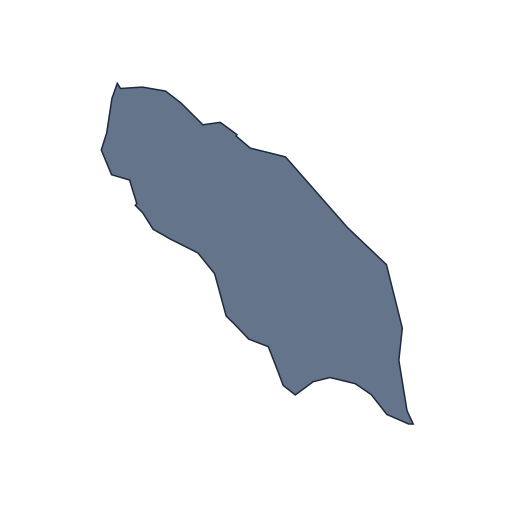 Örkelljunga, Skåne, Sweden (Robinson projection), rotated 76°
{"feature_id": "70781695B2310974409616", "entity_name": "Örkelljunga", "entity_type": "district", "adm_level": 2, "iso_a3": "SWE", "parent_name": "Sweden", "parent_adm1": "Skåne", "projection": "robinson", "projection_center": [13.368, 56.334], "detail": "fine", "context": "isolated", "style": "filled", "palette": "slate", "viewbox_px": 512, "rotation_deg": 76, "n_neighbors": 0, "source": "geoboundaries", "source_scale": "gbopen_adm2", "svg_char_len": 703}
<svg xmlns="http://www.w3.org/2000/svg" viewBox="0 0 512 512"><g transform="rotate(76 256 256)"><path d="M54.9,348.8L68.3,357.7L100.5,371.1L115.7,380.5L142.2,376.5L151.7,360.3L176.4,359.0L177.6,360.9L186.9,355.4L205.1,349.4L218.4,335.6L239.0,311.6L263.3,300.4L307.0,299.5L316.0,293.9L316.7,293.5L334.9,283.2L347.0,266.0L366.4,263.5L388.2,260.9L400.3,251.5L391.8,230.9L391.8,213.7L403.9,190.6L418.4,177.7L441.4,167.4L455.9,148.6L457.1,144.1L442.6,146.9L391.7,142.6L361.7,131.6L361.4,131.5L296.0,131.5L250.3,160.5L167.0,203.4L149.9,235.5L134.8,246.3L133.6,245.1L117.7,258.3L115.8,275.8L89.2,291.9L74.1,303.9L64.6,325.4L60.7,346.9L54.9,348.8Z" fill="#64748b" stroke="#1e293b" stroke-width="1.5"/></g></svg>